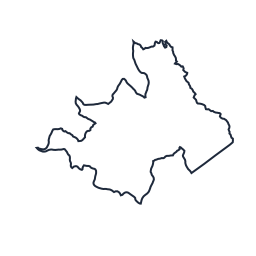 outline of Águas Vermelhas, Minas Gerais, Brazil, rotated 59°
{"feature_id": "56859067B86331231405573", "entity_name": "Águas Vermelhas", "entity_type": "district", "adm_level": 2, "iso_a3": "BRA", "parent_name": "Brazil", "parent_adm1": "Minas Gerais", "projection": "mercator", "projection_center": [-41.555, -15.724], "detail": "fine", "context": "isolated", "style": "outline", "palette": "slate", "viewbox_px": 256, "rotation_deg": 59, "n_neighbors": 0, "source": "geoboundaries", "source_scale": "gbopen_adm2", "svg_char_len": 5773}
<svg xmlns="http://www.w3.org/2000/svg" viewBox="0 0 256 256"><g transform="rotate(59 128 128)"><path d="M191.1,43.6L189.6,44.3L187.9,43.9L186.5,43.5L185.0,43.9L183.7,42.9L182.3,42.8L181.0,42.5L180.1,41.1L178.9,40.2L177.9,39.9L176.6,39.9L174.7,39.5L173.5,39.7L171.9,39.8L170.7,40.4L169.6,40.9L168.8,42.0L167.8,42.7L166.6,43.2L165.3,43.2L163.8,41.4L162.5,41.7L161.8,42.6L160.9,43.6L159.9,44.9L158.5,46.0L157.1,46.5L156.4,48.0L154.7,48.7L153.4,49.2L152.9,50.4L152.0,51.5L150.3,51.1L148.9,50.5L147.5,50.9L146.4,51.7L145.5,52.4L144.7,53.2L143.8,54.3L143.0,55.5L141.9,55.9L140.4,55.6L139.0,55.2L137.5,55.5L135.7,56.0L134.9,55.0L134.2,54.0L133.8,52.6L132.0,52.8L130.4,53.3L128.9,53.0L127.2,53.1L125.7,53.9L124.5,53.3L123.4,53.2L121.9,53.3L120.7,52.8L119.5,53.1L118.0,53.7L116.5,53.7L114.9,53.7L112.8,53.3L113.0,51.9L112.7,50.6L112.0,49.4L111.2,48.8L109.5,50.1L108.4,50.4L106.8,50.8L105.7,49.7L104.4,49.4L103.3,49.4L102.9,50.7L101.7,50.9L100.3,51.4L98.9,52.2L98.2,53.6L97.0,54.6L96.5,53.5L96.3,51.9L94.8,52.1L93.7,51.4L92.4,50.9L90.7,50.8L89.2,50.9L86.9,50.6L85.8,50.0L84.4,49.9L83.2,49.1L81.8,48.3L80.6,49.3L79.2,49.6L77.6,49.5L76.2,50.0L75.0,50.5L73.0,50.3L73.3,51.8L74.5,51.9L75.5,53.0L77.2,52.4L78.4,53.5L78.2,54.8L76.4,55.0L74.9,54.7L73.7,54.6L72.5,54.3L71.5,53.4L70.4,53.7L69.6,54.8L70.6,56.1L71.3,57.3L70.9,58.3L70.1,58.8L69.0,59.0L68.2,59.9L69.1,61.3L70.2,62.1L71.0,62.9L71.1,64.6L70.3,66.0L70.1,67.6L69.8,69.3L69.2,70.7L68.3,71.8L68.6,73.0L68.4,74.4L66.7,74.5L65.3,75.0L63.9,74.7L62.4,75.1L61.2,76.3L60.0,76.9L58.9,78.1L56.6,78.8L58.1,79.3L59.0,80.1L60.0,81.1L61.5,82.3L63.1,83.2L64.6,83.8L66.6,85.3L67.9,86.1L69.5,86.9L70.7,87.4L71.8,87.5L72.8,87.5L75.4,88.1L76.7,88.4L77.8,88.5L79.1,88.6L82.6,88.9L83.8,88.9L85.2,88.8L86.6,88.5L87.7,88.0L88.6,86.8L89.3,85.9L90.6,85.2L92.3,84.8L93.6,85.1L94.9,85.6L96.6,85.8L98.2,86.1L99.7,86.8L100.9,87.7L103.2,90.3L104.6,91.4L105.5,92.3L106.1,93.4L106.9,94.2L107.6,95.3L108.9,96.3L110.7,97.1L110.4,98.3L108.9,98.7L107.6,99.5L106.5,100.2L105.3,100.9L104.4,101.7L103.2,102.7L101.5,102.9L99.9,102.7L98.3,102.9L97.2,103.3L95.9,103.5L93.7,104.1L91.0,105.0L89.4,105.5L87.7,105.6L86.2,105.4L84.8,105.7L83.8,106.1L83.2,107.3L83.7,108.8L84.6,110.1L85.9,112.3L86.8,114.5L87.3,115.4L88.0,116.3L88.9,117.2L89.7,118.5L90.7,121.5L91.1,122.6L91.4,123.8L92.1,124.6L93.0,125.1L94.1,125.2L95.3,126.0L96.0,127.4L96.7,128.8L97.2,132.6L95.6,133.6L94.6,134.4L93.9,135.4L93.3,137.0L92.8,138.4L92.4,139.6L91.8,141.7L91.2,142.8L90.0,145.8L88.7,148.1L87.3,150.7L86.6,152.1L85.6,153.5L84.5,154.0L82.9,153.8L79.9,154.4L78.6,155.0L77.2,155.6L74.9,156.3L76.0,157.5L77.1,158.3L78.2,159.2L79.8,160.0L81.4,160.1L83.0,159.8L84.6,159.6L86.5,159.6L88.0,159.9L88.8,160.4L89.5,161.4L90.1,162.5L91.2,162.7L92.6,162.0L94.0,160.9L95.4,160.4L96.3,159.7L97.0,158.6L98.4,158.0L99.5,157.6L101.6,156.0L102.8,155.5L103.8,154.9L105.2,154.3L106.2,153.5L107.2,153.4L107.3,154.5L107.4,156.1L108.6,157.6L108.5,159.2L109.1,160.5L110.4,161.3L110.5,162.6L109.9,163.7L109.7,165.0L110.2,166.3L110.8,167.3L111.6,168.2L112.6,169.0L113.8,169.6L114.6,172.3L114.9,173.4L114.9,174.7L114.3,176.1L113.7,177.3L112.1,177.0L110.2,177.4L109.1,177.9L108.3,178.5L106.9,179.5L105.5,179.4L103.8,180.3L102.4,180.7L101.7,181.8L100.7,182.4L99.5,182.9L98.5,183.2L98.2,184.4L97.1,185.0L95.7,185.2L94.8,184.9L93.7,185.8L93.4,187.5L92.8,188.9L92.1,189.9L91.3,191.3L90.7,192.8L91.2,193.9L93.2,196.7L93.9,198.0L94.5,199.2L96.9,201.7L97.9,202.5L99.1,203.0L100.2,203.8L101.2,204.9L102.9,207.7L103.3,209.4L102.9,211.2L101.8,212.8L100.7,213.9L99.9,214.8L98.5,215.3L98.0,216.5L99.7,216.2L101.4,215.5L103.1,214.2L104.4,213.1L105.2,211.8L105.7,210.5L105.9,208.0L106.1,206.9L106.5,205.7L107.2,204.4L108.2,203.3L109.4,201.6L110.8,198.6L111.5,197.5L112.2,196.2L113.0,193.7L113.8,193.1L115.0,193.0L116.3,192.8L117.4,192.7L118.6,192.9L120.1,192.9L121.3,192.4L122.8,192.7L124.1,193.4L125.0,194.1L126.4,194.7L128.2,194.9L129.3,195.3L130.3,196.1L131.1,196.6L132.5,196.8L133.6,196.4L133.4,195.3L133.2,194.1L133.9,192.2L135.1,191.2L136.4,191.0L137.4,190.8L138.8,190.2L140.1,189.1L139.8,188.1L138.9,187.6L138.0,186.5L137.3,185.0L139.0,183.2L139.6,182.4L140.1,181.5L141.1,180.5L142.4,180.3L143.4,179.9L144.8,178.8L145.8,177.7L146.7,177.3L148.2,177.4L149.3,178.0L150.3,178.6L151.4,179.7L152.5,180.9L153.7,181.9L154.8,182.8L155.4,183.6L156.0,184.5L156.9,185.6L158.1,186.3L159.4,186.4L160.9,186.0L162.3,185.2L163.7,184.3L164.6,183.6L165.4,182.8L166.4,181.9L167.6,180.5L168.9,178.2L169.7,177.4L171.3,175.3L172.5,174.4L173.6,173.8L174.7,173.4L175.7,173.0L175.9,171.3L176.7,169.8L178.0,169.0L179.0,168.7L180.3,168.6L182.0,168.8L182.4,167.2L181.9,165.6L181.8,164.1L182.0,163.1L182.5,162.1L183.6,161.1L185.0,160.5L186.2,160.0L189.5,158.5L190.5,158.1L191.7,157.9L192.7,158.4L193.8,158.6L195.2,158.3L196.9,157.8L197.8,157.4L198.8,156.8L199.4,156.0L197.1,153.8L196.3,152.9L195.5,151.8L195.0,150.7L194.6,149.8L194.3,148.0L194.0,145.1L193.3,143.0L192.3,141.6L191.2,140.2L190.2,139.1L189.4,137.9L187.7,135.1L186.9,134.2L186.3,133.3L185.4,132.3L183.8,131.6L182.3,131.5L181.2,131.7L180.1,131.7L179.0,131.3L177.3,131.2L176.0,130.2L174.7,129.0L173.1,126.6L171.8,125.2L170.5,124.1L169.3,123.5L169.5,122.4L169.3,121.2L169.7,120.1L169.9,118.9L170.1,117.8L170.6,116.8L170.9,115.7L171.2,114.4L172.0,113.5L172.2,112.2L171.7,110.6L171.9,109.0L172.6,107.9L173.1,106.9L173.5,105.7L174.0,104.7L174.6,103.6L173.8,102.4L173.5,101.3L173.3,98.7L172.8,97.6L173.0,96.3L172.8,94.7L171.6,94.3L171.1,93.3L172.0,92.7L173.2,92.4L174.8,91.8L176.6,91.4L177.9,92.5L178.9,93.9L179.8,95.1L180.8,95.5L181.9,95.5L182.9,95.5L184.6,95.5L186.1,96.0L187.2,96.7L188.2,97.1L189.8,97.5L191.3,97.6L192.8,97.6L194.1,97.6L196.7,96.9L197.9,96.8L199.3,96.8L198.0,81.2L196.5,67.2L195.1,52.3L194.8,49.3L194.2,45.6L192.9,44.6L191.1,43.6Z" fill="none" stroke="#1e293b" stroke-width="2"/></g></svg>